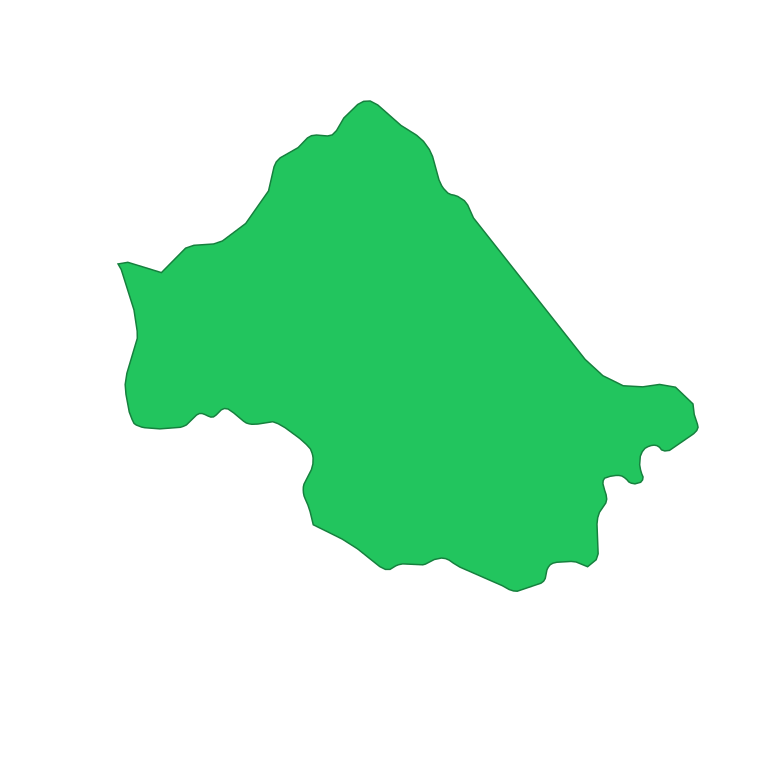 SVG path tracing the border of Pordenone, rotated 314°
{"feature_id": "ITA-5456", "entity_name": "Pordenone", "entity_type": "Province", "adm_level": 1, "iso_a3": "ITA", "parent_name": "Italy", "parent_adm1": "", "projection": "albers", "projection_center": [12.662, 46.102], "detail": "fine", "context": "isolated", "style": "filled", "palette": "green", "viewbox_px": 768, "rotation_deg": 314, "n_neighbors": 0, "source": "natural_earth", "source_scale": "10m", "svg_char_len": 2295}
<svg xmlns="http://www.w3.org/2000/svg" viewBox="0 0 768 768"><g transform="rotate(314 384 384)"><path d="M285.6,109.3L293.6,115.2L309.5,146.5L343.9,146.9L351.7,150.9L366.3,164.1L374.6,168.4L403.4,173.0L442.7,166.8L463.9,154.0L469.0,152.2L474.6,152.2L494.3,158.0L507.8,158.0L512.2,159.3L516.2,162.5L523.2,171.1L527.2,173.7L533.3,173.8L547.5,170.3L566.8,170.9L573.2,173.0L578.0,177.5L580.4,185.7L581.8,216.6L585.6,234.7L586.0,243.8L584.2,253.7L581.4,260.9L569.0,281.8L566.7,287.7L566.0,291.0L565.7,297.3L566.8,300.6L568.5,303.2L570.2,306.8L571.7,314.5L570.9,319.9L565.6,333.0L541.4,511.6L542.0,535.7L548.9,557.3L561.7,572.1L575.1,582.5L584.2,595.9L584.3,620.1L577.6,628.3L572.8,637.4L571.0,640.0L567.8,641.3L563.4,641.3L534.6,635.5L530.9,632.5L529.4,629.4L529.9,626.2L529.3,623.2L527.7,620.8L525.3,618.9L522.3,617.4L519.0,616.4L514.7,616.8L510.0,618.6L503.5,624.0L500.5,628.1L498.4,631.8L497.1,634.9L494.7,636.6L491.6,636.9L486.5,633.9L484.4,630.7L483.6,628.1L483.9,625.3L483.7,622.0L483.0,618.9L481.4,616.5L479.4,614.4L474.7,610.8L469.5,608.1L466.7,608.8L464.3,610.8L460.8,616.6L458.7,620.6L455.9,624.2L452.5,626.2L441.4,628.1L436.3,630.6L431.2,634.5L410.6,656.0L405.0,658.7L394.0,657.4L389.4,645.8L386.4,641.9L375.9,632.2L372.5,630.0L369.5,629.1L366.4,629.4L363.5,630.3L356.1,635.1L353.0,635.8L349.8,635.3L327.5,623.8L325.1,620.9L323.1,616.8L321.1,609.2L305.0,565.8L303.3,558.2L302.6,553.3L301.2,549.6L298.7,546.2L292.7,542.1L283.2,538.9L280.9,537.5L267.6,522.4L264.1,520.0L261.4,518.8L254.8,517.1L251.6,513.8L249.7,507.8L247.0,479.3L243.4,461.7L236.1,438.7L235.8,437.8L233.6,430.9L240.8,419.6L244.1,413.3L246.6,407.2L247.9,404.3L249.7,401.7L251.7,399.5L253.9,397.5L256.4,396.0L271.9,391.3L277.1,388.4L281.5,384.4L283.1,382.3L284.4,380.1L286.2,376.1L286.6,370.1L286.3,361.4L283.9,343.4L281.9,335.4L279.6,330.2L267.6,321.1L263.3,317.0L261.7,314.7L260.3,312.0L259.7,308.8L258.8,295.9L257.7,289.2L255.5,286.2L252.4,284.9L245.1,284.8L241.9,284.2L239.9,282.4L238.7,279.6L237.7,276.5L236.5,273.8L234.5,271.7L231.5,270.7L217.3,270.3L214.2,269.1L211.4,267.6L196.0,253.9L186.4,242.3L184.7,239.7L182.4,234.3L182.0,231.6L183.6,227.2L186.9,220.2L197.3,205.6L203.8,198.2L213.1,191.6L245.5,174.8L250.6,169.7L263.6,152.7L283.8,115.5L285.6,109.3Z" fill="#22c55e" stroke="#15803d" stroke-width="1.5"/></g></svg>